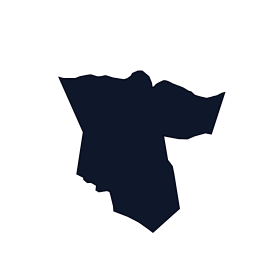 Tourat/Soucis, Anse-la-Raye, Saint Lucia (Equal Earth projection), rotated 120°
{"feature_id": "8701671B19273401931572", "entity_name": "Tourat/Soucis", "entity_type": "district", "adm_level": 2, "iso_a3": "LCA", "parent_name": "Saint Lucia", "parent_adm1": "Anse-la-Raye", "projection": "equal_earth", "projection_center": [-60.999, 13.973], "detail": "fine", "context": "isolated", "style": "filled", "palette": "ink", "viewbox_px": 256, "rotation_deg": 120, "n_neighbors": 0, "source": "geoboundaries", "source_scale": "gbopen_adm2", "svg_char_len": 1129}
<svg xmlns="http://www.w3.org/2000/svg" viewBox="0 0 256 256"><g transform="rotate(120 128 128)"><path d="M172.2,43.4L144.8,65.7L139.2,70.7L136.2,77.8L116.8,93.8L115.7,90.3L111.6,78.8L107.5,71.2L101.5,66.7L93.3,58.7L91.4,53.1L49.3,62.1L50.6,63.4L52.8,65.0L54.7,66.1L56.3,67.4L58.3,69.6L60.3,71.4L62.0,73.3L62.9,74.1L63.4,74.9L63.7,76.1L64.1,77.4L65.0,80.3L65.9,83.8L66.5,86.7L65.4,91.6L66.1,93.6L66.0,98.1L66.0,100.7L66.4,103.5L66.9,106.2L67.3,108.7L67.7,111.2L67.8,114.1L68.0,116.6L68.5,118.9L69.5,120.8L70.7,121.5L71.8,122.4L73.2,123.3L74.1,123.9L75.2,124.6L77.1,125.4L78.4,125.5L79.9,126.1L81.2,127.3L77.2,130.6L73.3,135.7L71.8,144.1L73.9,147.7L78.5,151.1L81.6,151.1L85.7,153.0L88.4,155.5L92.4,165.9L94.1,173.5L97.4,177.1L99.3,180.2L100.7,186.6L102.8,189.4L108.0,195.3L111.6,198.1L116.5,206.5L117.8,209.0L118.7,212.6L153.8,164.4L177.8,155.1L193.2,149.1L192.7,141.6L194.6,140.3L195.3,135.9L193.3,132.9L193.3,126.3L197.6,124.5L197.6,121.4L192.4,114.9L192.0,111.8L195.0,108.7L202.8,101.3L206.7,98.6L204.4,84.2L203.8,71.9L204.8,60.5L205.6,54.4L180.1,46.1L172.2,43.4Z" fill="#0f172a" stroke="#020617" stroke-width="1.5"/></g></svg>